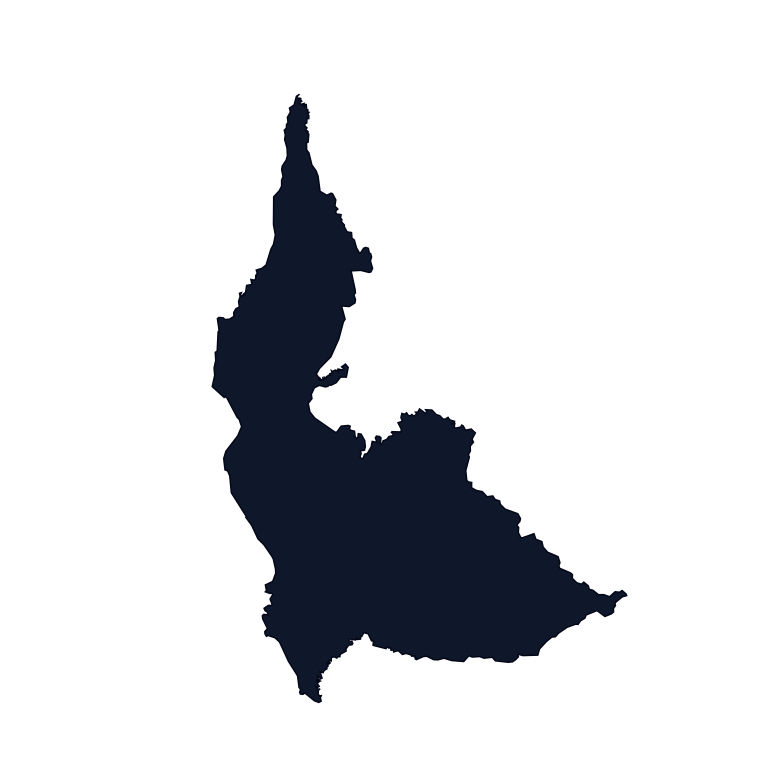 Mamuju Utara, Sulawesi Barat, Indonesia (Albers equal-area conic projection), rotated 345°
{"feature_id": "22746128B5634485200629", "entity_name": "Mamuju Utara", "entity_type": "district", "adm_level": 2, "iso_a3": "IDN", "parent_name": "Indonesia", "parent_adm1": "Sulawesi Barat", "projection": "albers", "projection_center": [119.556, -1.342], "detail": "fine", "context": "isolated", "style": "filled", "palette": "ink", "viewbox_px": 768, "rotation_deg": 345, "n_neighbors": 0, "source": "geoboundaries", "source_scale": "gbopen_adm2", "svg_char_len": 6150}
<svg xmlns="http://www.w3.org/2000/svg" viewBox="0 0 768 768"><g transform="rotate(345 384 384)"><path d="M375.3,87.1L374.6,83.4L377.5,82.3L373.9,83.4L369.4,91.2L364.1,93.0L364.0,97.1L359.7,101.4L359.0,106.5L357.0,108.2L355.9,111.6L353.4,113.0L353.1,118.1L351.3,122.0L351.4,131.0L349.8,138.5L347.4,142.5L342.1,147.2L340.6,150.7L340.2,157.5L337.8,160.7L336.3,166.4L332.9,170.2L325.9,174.6L318.5,201.4L317.6,212.0L313.5,220.4L309.7,224.5L300.9,238.5L295.9,240.7L290.1,240.9L290.2,244.4L288.3,245.9L287.3,249.1L285.7,250.2L282.5,248.6L282.2,253.7L276.8,253.2L274.1,259.6L271.9,260.6L272.5,261.6L271.1,261.1L269.5,262.9L268.4,260.8L269.9,258.9L267.9,259.0L267.7,262.1L264.9,266.7L264.2,272.2L260.5,272.9L257.4,276.0L256.5,279.8L251.6,281.4L246.9,280.5L246.0,278.6L241.9,277.0L240.0,277.7L238.8,288.2L237.9,291.1L237.4,290.4L238.3,292.7L237.1,291.2L231.4,309.0L229.2,309.8L227.6,317.6L224.0,324.6L222.7,331.8L217.4,342.1L226.1,355.6L227.1,354.9L228.7,356.9L233.5,378.1L235.0,380.8L235.4,388.4L229.3,396.2L213.9,408.0L209.9,414.5L208.2,425.8L210.5,427.5L211.2,432.9L208.4,449.6L216.7,476.3L216.0,476.9L219.6,486.3L222.2,501.0L226.4,508.2L231.0,521.1L231.8,524.5L231.3,534.9L230.4,538.8L225.4,545.9L217.4,547.4L217.0,553.2L215.6,554.0L219.6,556.8L221.3,556.6L222.0,558.7L218.3,562.2L218.9,568.0L217.9,568.8L215.0,567.9L210.1,569.6L210.4,572.0L212.4,574.4L212.3,576.9L208.1,575.4L206.5,576.4L206.1,579.6L208.1,590.1L204.7,592.4L204.4,594.9L205.2,597.3L207.0,596.9L213.0,600.9L216.3,606.1L219.9,627.0L225.0,643.6L223.4,655.1L224.4,657.5L222.8,659.9L222.9,661.8L225.5,662.8L226.7,661.9L228.3,663.0L234.7,671.9L238.6,674.7L241.2,674.1L241.3,670.5L242.7,668.8L240.9,668.6L240.2,666.2L241.4,662.7L243.4,662.0L241.0,661.7L240.0,658.6L241.6,659.8L243.2,659.3L241.8,655.8L243.5,655.2L242.0,653.1L242.9,652.4L244.2,654.4L245.6,654.4L244.1,652.3L244.2,649.0L246.0,650.8L246.0,652.5L248.0,652.1L247.8,645.5L250.4,647.1L252.0,645.3L255.2,644.3L255.1,643.0L257.0,642.0L256.7,638.8L257.6,638.6L258.3,640.2L259.8,639.5L258.6,637.3L259.2,636.6L261.3,637.9L262.5,634.5L265.2,634.6L267.5,636.5L269.0,635.5L270.8,636.0L271.7,633.8L278.2,632.2L278.8,629.9L282.4,627.1L285.6,627.6L286.7,626.5L286.4,624.0L284.8,624.0L283.4,622.4L284.7,621.3L290.1,623.8L291.7,622.4L291.7,623.8L295.3,624.3L295.9,621.8L297.1,622.2L300.1,619.0L304.0,621.1L305.5,628.9L307.4,629.3L305.8,633.6L317.4,640.1L319.3,638.5L320.1,640.2L321.8,640.4L322.0,643.1L324.1,643.1L324.0,645.3L328.7,645.2L331.8,650.0L335.5,649.9L339.7,652.4L340.3,654.1L343.2,654.5L342.7,655.4L343.9,656.5L343.0,657.5L344.0,658.6L351.7,657.4L354.9,658.1L360.6,663.1L364.6,664.4L371.0,664.4L377.7,668.6L389.2,672.7L395.6,668.5L398.7,670.6L405.8,672.0L409.6,674.7L417.9,676.0L419.9,680.2L432.2,685.0L436.4,685.6L439.8,684.3L443.2,682.3L443.4,679.7L448.0,682.3L462.4,685.7L465.6,680.2L474.4,674.7L480.6,671.9L484.1,672.5L488.2,669.8L497.8,666.4L506.6,665.6L509.3,666.4L512.5,663.6L517.4,662.2L519.5,659.4L531.1,658.0L537.2,665.7L544.1,664.9L546.8,663.6L547.5,660.2L550.2,658.0L550.2,656.0L551.5,654.7L559.2,651.2L563.6,651.2L563.5,649.5L560.5,645.1L557.6,646.1L553.5,644.5L546.8,647.9L541.9,644.4L536.6,643.0L532.4,637.3L529.1,635.4L529.1,631.9L525.7,627.1L522.9,628.5L518.7,625.8L515.6,620.4L516.7,616.9L515.3,614.8L505.9,607.4L505.9,604.7L507.7,602.1L507.4,595.8L498.5,588.8L495.5,582.7L495.7,577.1L490.5,573.3L490.1,567.4L477.5,568.4L476.3,567.5L475.3,562.3L476.9,557.4L475.8,554.6L479.7,551.8L481.0,549.4L479.7,544.0L468.6,536.2L465.2,530.3L465.4,526.9L461.4,524.3L460.1,520.3L454.4,519.6L451.1,513.4L445.8,510.8L441.7,506.9L443.2,501.8L440.2,500.5L439.0,498.6L440.6,488.7L447.5,476.7L447.2,474.2L450.1,471.1L451.2,466.3L455.3,463.4L454.8,460.0L459.6,454.9L456.6,450.1L450.8,449.7L449.6,444.9L448.4,443.8L447.1,445.4L441.7,445.2L440.7,443.6L442.1,440.6L438.5,440.0L442.0,439.4L442.5,438.3L438.4,435.9L437.2,432.8L434.0,433.8L432.0,433.1L429.7,429.1L426.5,427.0L423.6,421.6L417.5,419.6L418.2,422.1L416.6,423.2L411.8,417.3L409.5,419.9L407.1,419.4L407.9,421.5L404.5,422.8L403.0,420.7L401.1,421.5L399.4,420.8L398.4,417.7L395.8,418.5L393.7,417.0L391.7,420.7L392.0,424.8L387.5,425.0L389.0,432.1L388.0,434.7L379.4,432.1L378.6,432.8L379.7,434.3L379.5,436.2L375.2,436.0L372.2,438.3L368.4,438.7L365.9,441.9L365.0,440.5L367.2,435.3L366.0,433.5L363.2,432.4L361.7,433.8L362.2,438.5L357.7,436.4L355.3,441.5L350.0,446.8L347.0,446.9L344.7,450.3L342.6,450.1L342.1,448.0L343.9,445.3L344.0,442.4L348.0,442.9L349.8,439.6L350.7,433.6L348.9,426.5L346.3,425.3L344.9,428.9L343.2,429.4L342.5,427.1L343.3,422.0L339.6,419.9L339.1,418.4L340.4,416.0L338.8,414.8L331.7,413.6L326.1,418.2L324.4,418.1L308.3,399.0L305.2,391.8L305.8,383.1L310.6,379.5L311.1,375.2L315.8,369.6L321.3,368.6L326.5,371.6L329.2,371.8L330.8,370.8L332.6,371.5L338.1,370.4L343.9,366.1L349.4,367.6L353.7,358.7L351.9,354.8L347.5,356.5L349.0,358.6L347.9,359.7L345.8,358.8L344.0,359.9L344.8,358.3L343.4,357.6L341.5,359.4L340.6,357.9L337.5,358.6L336.7,357.6L336.7,360.0L334.3,360.1L334.7,361.8L333.0,361.2L330.3,362.1L329.8,363.3L328.1,362.0L327.8,363.4L326.5,362.3L326.4,364.0L324.3,363.6L323.8,362.3L323.4,363.9L322.2,363.1L322.9,361.8L321.2,356.9L325.7,352.3L339.8,343.9L352.1,328.7L360.8,313.6L363.2,311.3L363.2,297.6L370.5,300.2L377.0,298.1L378.3,295.0L378.0,290.0L379.9,288.7L380.5,285.8L381.5,266.2L390.9,268.2L398.5,272.4L400.3,272.4L402.9,269.4L402.7,261.7L404.9,258.0L404.8,254.6L403.7,253.8L404.0,248.9L401.8,247.4L399.4,247.6L395.3,251.3L394.2,251.2L392.7,245.5L392.6,237.3L390.8,234.9L391.8,229.3L387.7,227.5L386.3,221.5L386.9,220.2L384.9,216.4L385.9,214.1L384.9,212.7L386.4,209.3L382.5,207.7L381.7,205.9L382.7,204.0L384.7,203.1L382.6,199.5L385.1,193.7L383.5,186.8L382.2,186.0L377.6,186.9L372.1,181.3L374.1,166.2L373.6,160.7L371.0,153.7L371.3,141.4L369.9,137.9L371.5,131.1L373.3,130.7L376.0,123.3L375.0,121.7L376.0,121.0L375.5,119.7L373.8,118.7L375.9,116.6L374.3,114.2L375.2,111.7L376.8,112.0L378.4,107.6L380.0,108.2L380.9,105.2L380.2,103.5L381.9,102.2L380.6,101.3L381.4,99.5L380.4,99.2L381.2,93.9L379.9,93.6L378.9,95.4L377.9,94.3L379.4,92.4L375.6,92.3L375.5,90.4L377.7,89.5L376.8,87.7L377.5,86.9L376.8,86.1L375.3,87.1Z" fill="#0f172a" stroke="#020617" stroke-width="1.5"/></g></svg>